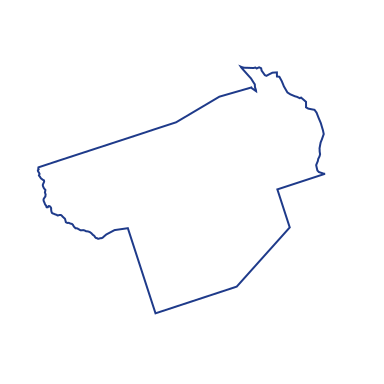 outline of Sarmiento, San Juan, Argentina, rotated 342°
{"feature_id": "61730980B2987031825940", "entity_name": "Sarmiento", "entity_type": "district", "adm_level": 2, "iso_a3": "ARG", "parent_name": "Argentina", "parent_adm1": "San Juan", "projection": "mercator", "projection_center": [-68.823, -32.078], "detail": "fine", "context": "isolated", "style": "outline", "palette": "blue", "viewbox_px": 384, "rotation_deg": 342, "n_neighbors": 0, "source": "geoboundaries", "source_scale": "gbopen_adm2", "svg_char_len": 3747}
<svg xmlns="http://www.w3.org/2000/svg" viewBox="0 0 384 384"><g transform="rotate(342 192 192)"><path d="M324.1,215.8L323.5,215.5L322.8,215.2L321.4,214.1L321.1,213.9L318.8,212.2L317.9,210.3L318.2,206.6L318.4,204.8L319.3,203.7L321.2,201.5L322.3,199.5L324.2,197.6L324.9,196.6L325.5,195.6L325.9,193.0L326.6,190.7L326.8,189.8L327.1,189.3L329.0,185.8L329.6,184.8L329.6,184.7L331.1,182.9L331.7,182.2L333.6,179.7L335.2,177.6L335.3,176.6L335.6,173.9L335.7,169.5L335.8,166.4L335.6,163.9L335.4,161.7L335.3,160.5L335.0,155.2L335.0,154.9L334.9,154.8L333.9,151.7L331.3,150.3L328.3,148.6L326.6,146.7L327.2,145.0L328.0,142.4L328.3,141.5L327.1,139.5L324.9,135.9L323.5,136.1L321.2,133.9L319.5,132.8L315.7,129.5L313.5,126.8L313.2,125.4L312.0,119.8L311.9,117.8L311.6,114.2L310.7,109.4L308.5,108.4L309.0,106.7L309.7,104.5L305.5,103.4L305.3,103.4L301.9,103.9L298.7,104.5L297.4,103.4L295.7,98.0L296.0,95.7L294.4,94.2L293.9,94.2L291.7,94.5L290.7,93.2L288.8,93.1L286.9,92.4L283.6,91.2L279.9,89.9L278.7,89.1L278.1,88.7L277.9,88.6L277.1,87.9L277.2,88.3L277.2,88.5L278.1,90.7L280.7,96.6L281.4,98.2L283.2,102.2L284.1,105.8L284.8,108.4L284.9,108.8L285.0,109.0L284.9,109.4L284.9,109.5L284.6,110.4L284.6,110.5L284.4,111.3L284.3,111.6L284.3,111.8L284.3,112.8L284.3,115.0L284.2,115.4L284.1,115.9L280.7,111.4L280.7,110.9L279.8,110.9L247.5,109.8L198.4,120.8L196.2,120.8L188.8,120.8L180.4,120.8L175.0,120.8L160.0,120.9L75.2,121.0L54.3,121.1L53.6,121.1L53.5,121.3L53.1,122.0L53.1,122.5L53.1,123.2L52.9,123.3L52.2,123.6L52.0,124.1L52.0,124.6L52.1,125.2L52.4,126.2L52.4,126.4L52.6,127.4L52.6,127.7L52.1,128.3L51.6,128.8L51.5,129.0L51.9,130.0L52.1,130.4L52.2,131.2L52.3,131.4L52.4,131.7L52.5,132.2L52.6,132.4L52.7,132.6L52.8,132.8L53.1,133.1L53.8,134.2L54.6,135.0L54.8,135.2L54.7,135.8L54.6,136.4L54.3,136.8L52.6,138.7L52.5,138.8L52.4,139.0L52.2,139.4L52.1,140.2L52.1,140.6L52.2,141.6L52.2,141.9L52.4,142.8L52.6,143.4L52.9,144.1L53.1,144.4L53.2,144.7L52.8,145.6L52.0,146.9L52.0,148.6L52.0,149.2L51.7,149.7L51.3,150.7L51.1,151.0L50.2,151.6L50.0,151.8L49.6,152.1L49.2,152.4L48.6,153.0L48.5,153.4L48.3,153.8L48.2,154.8L48.2,155.5L48.4,156.3L48.4,157.9L48.4,158.0L48.7,159.2L49.0,159.8L49.0,160.7L49.0,160.8L49.0,161.5L49.3,161.8L50.2,161.9L50.3,161.7L50.5,161.5L51.3,161.1L51.9,161.3L52.4,161.7L52.5,162.2L52.9,162.8L53.0,163.3L53.0,164.0L52.7,164.8L52.5,165.7L52.4,166.2L52.4,166.4L52.3,166.8L52.3,167.0L52.3,167.4L52.3,167.7L52.3,168.4L52.4,168.7L52.8,169.1L53.1,169.5L53.6,169.8L53.9,170.0L54.4,170.6L54.9,170.9L55.3,171.3L56.3,171.9L56.5,172.4L57.1,172.9L57.9,172.9L58.7,172.9L59.5,173.1L60.1,173.3L60.7,174.0L61.0,174.6L61.2,175.1L61.3,175.5L61.6,175.9L62.0,176.6L62.3,177.2L62.7,177.8L62.9,178.3L62.9,179.0L62.8,180.2L62.8,180.7L62.8,180.8L62.7,181.7L63.3,182.4L63.8,182.8L64.0,182.9L64.1,183.0L64.6,183.1L65.2,183.2L66.0,183.9L66.5,184.4L67.2,184.8L67.3,184.9L67.9,185.2L68.5,186.2L68.6,186.4L68.6,186.6L68.7,187.1L69.0,188.5L69.4,189.2L69.6,189.7L69.9,190.1L70.0,190.5L70.4,190.7L70.7,190.7L70.9,190.8L71.5,191.1L71.9,191.4L72.5,192.2L72.8,192.4L73.5,193.3L74.2,193.9L74.4,194.1L75.0,194.2L75.6,194.4L76.1,194.5L76.9,194.7L77.4,195.1L77.7,195.2L78.4,195.8L79.0,196.5L80.0,197.0L80.6,197.2L81.5,197.8L81.9,198.1L82.2,198.4L82.6,198.7L82.7,198.9L83.2,199.6L83.7,200.3L83.9,200.9L84.4,201.8L84.4,202.0L85.2,203.0L85.7,204.0L85.8,204.6L85.9,205.1L86.3,205.8L86.6,206.2L87.3,206.4L87.5,206.8L88.0,207.3L88.3,207.5L88.8,207.6L89.5,207.6L90.0,207.6L90.9,207.7L91.3,207.9L91.8,207.9L92.1,207.9L92.6,207.9L93.0,207.8L94.5,207.1L97.4,205.9L106.6,204.3L107.1,204.4L119.8,206.6L119.8,241.1L119.8,278.6L119.8,296.1L120.0,296.1L205.3,295.8L246.6,271.8L256.8,265.9L274.0,255.9L274.0,243.3L274.0,215.9L276.7,215.9L323.4,215.8L324.1,215.8Z" fill="none" stroke="#1e3a8a" stroke-width="2"/></g></svg>